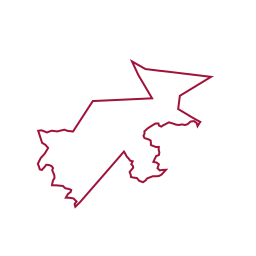 Catende, Pernambuco, Brazil (Equal Earth projection), rotated 242°
{"feature_id": "56859067B24117233366877", "entity_name": "Catende", "entity_type": "district", "adm_level": 2, "iso_a3": "BRA", "parent_name": "Brazil", "parent_adm1": "Pernambuco", "projection": "equal_earth", "projection_center": [-35.752, -8.69], "detail": "fine", "context": "isolated", "style": "outline", "palette": "rose", "viewbox_px": 256, "rotation_deg": 242, "n_neighbors": 0, "source": "geoboundaries", "source_scale": "gbopen_adm2", "svg_char_len": 1677}
<svg xmlns="http://www.w3.org/2000/svg" viewBox="0 0 256 256"><g transform="rotate(242 128 128)"><path d="M76.1,113.1L73.1,115.8L73.5,119.0L74.5,121.2L74.2,123.8L73.7,127.4L72.2,130.1L71.1,132.7L71.1,135.8L73.3,141.9L74.9,138.5L75.7,136.1L78.7,135.2L81.5,138.2L84.1,137.0L86.2,134.5L88.6,137.7L90.0,139.7L89.6,142.5L91.5,144.1L94.7,145.0L96.8,146.3L98.2,143.6L99.9,142.2L102.2,140.2L104.4,141.4L106.4,142.1L108.2,140.9L111.4,137.8L113.8,138.0L115.2,139.9L117.3,140.9L118.4,145.0L118.7,148.2L119.1,154.3L117.7,157.0L115.7,156.5L113.6,158.0L113.9,160.5L113.8,163.2L113.8,166.7L111.9,168.7L110.1,170.5L108.4,172.0L106.7,174.5L105.8,177.4L103.9,179.7L103.4,182.3L104.3,186.3L103.1,189.5L100.1,191.0L97.0,190.3L98.3,192.5L99.5,194.7L101.9,193.0L107.7,189.3L121.2,181.2L132.1,188.9L134.2,225.3L161.2,186.5L164.5,181.6L170.2,173.5L171.8,171.1L184.9,162.8L170.1,162.0L142.9,163.2L149.0,150.3L158.1,131.1L168.3,109.6L165.3,104.1L154.8,85.2L150.7,77.8L154.0,73.1L156.4,71.0L158.2,63.9L161.5,59.2L162.1,54.4L164.2,52.6L166.5,50.6L167.7,47.4L155.2,45.2L151.9,47.2L147.9,48.1L146.0,45.0L144.4,42.3L143.4,39.5L142.6,37.1L140.2,33.6L138.7,31.6L135.4,31.2L132.9,30.7L131.4,32.2L132.7,35.9L133.9,38.6L132.2,41.1L130.1,42.7L127.8,43.0L126.4,41.3L121.0,40.8L118.3,39.6L117.0,37.3L115.3,35.7L113.1,34.0L111.1,37.7L107.4,43.3L104.1,44.4L102.0,47.1L100.0,48.8L98.4,47.3L97.9,44.0L95.7,40.4L93.7,43.8L91.4,46.8L87.3,48.1L86.0,45.2L83.2,44.5L85.0,50.7L96.4,80.4L101.0,92.4L109.1,113.4L107.1,113.5L103.2,113.5L101.0,114.2L98.1,114.6L96.4,116.5L94.5,113.9L92.3,114.5L90.5,114.0L88.4,108.8L85.2,108.4L83.4,107.6L81.9,109.2L79.7,112.3L76.1,113.1Z" fill="none" stroke="#9f1239" stroke-width="2"/></g></svg>